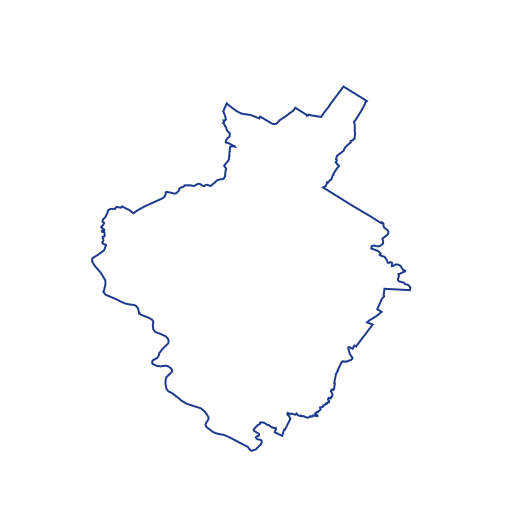 the district of Kota Surakarta, Jawa Tengah, Indonesia, rotated 107°
{"feature_id": "22746128B33460906687482", "entity_name": "Kota Surakarta", "entity_type": "district", "adm_level": 2, "iso_a3": "IDN", "parent_name": "Indonesia", "parent_adm1": "Jawa Tengah", "projection": "natural_earth1", "projection_center": [110.818, -7.559], "detail": "fine", "context": "isolated", "style": "outline", "palette": "blue", "viewbox_px": 512, "rotation_deg": 107, "n_neighbors": 0, "source": "geoboundaries", "source_scale": "gbopen_adm2", "svg_char_len": 6153}
<svg xmlns="http://www.w3.org/2000/svg" viewBox="0 0 512 512"><g transform="rotate(107 256 256)"><path d="M187.0,145.4L187.8,145.4L187.8,146.3L187.3,148.4L184.4,159.0L179.9,177.8L170.8,211.9L168.6,209.7L165.9,209.5L165.0,208.8L164.6,209.4L163.5,208.1L161.6,207.3L161.0,206.4L157.0,206.2L155.7,205.6L155.3,206.1L149.2,204.4L145.7,203.0L145.3,203.2L144.4,205.5L143.8,205.8L143.2,207.2L141.4,206.7L140.6,206.8L140.2,207.1L139.9,207.9L136.5,207.8L129.8,203.0L127.1,202.8L126.2,202.5L123.2,200.9L119.7,198.6L119.4,199.0L118.3,199.1L116.9,197.1L116.0,197.0L115.1,195.9L113.4,196.6L112.1,196.6L109.9,197.0L107.0,198.4L105.5,198.6L104.6,199.1L104.0,199.1L100.1,200.7L99.0,201.6L97.5,200.7L85.3,197.5L78.6,196.2L77.1,196.4L76.3,195.6L75.4,195.2L68.4,221.9L89.6,229.5L92.6,230.3L98.2,232.6L104.0,234.4L104.4,238.4L104.9,239.1L104.8,241.7L105.3,243.0L105.4,247.1L106.5,247.4L106.7,247.8L106.3,248.5L106.6,248.6L106.3,248.8L102.7,261.7L106.2,262.9L109.9,265.8L112.1,267.2L119.4,273.1L121.4,274.0L123.7,275.4L124.6,277.6L124.8,278.9L121.5,292.8L123.5,293.0L122.7,302.3L123.9,310.4L124.0,312.3L123.0,317.4L119.4,327.1L118.5,328.5L119.1,328.7L127.2,329.6L131.5,326.2L134.3,324.7L135.6,325.6L136.1,325.7L136.0,326.5L137.2,325.9L138.4,326.4L138.7,325.4L140.9,323.5L140.9,323.0L141.3,322.6L144.2,320.6L145.8,318.3L146.0,317.2L147.7,316.5L148.8,316.2L150.0,316.5L152.1,317.9L154.0,318.4L156.0,318.3L156.3,317.8L156.1,315.0L157.2,310.1L157.1,308.7L157.7,308.1L157.7,309.9L158.0,310.6L158.8,312.4L159.5,312.6L162.1,312.2L163.4,311.6L164.2,311.8L166.9,311.1L168.0,310.6L169.4,310.8L171.0,310.1L172.7,310.3L178.9,312.9L181.4,310.0L183.8,310.0L189.0,308.9L191.3,309.5L192.2,310.2L193.3,313.0L195.3,315.6L197.9,316.9L200.3,318.6L201.7,319.3L202.2,319.9L202.4,320.6L202.2,322.1L202.3,324.0L202.8,324.9L204.0,325.6L204.4,326.4L204.4,327.4L203.5,330.6L203.9,332.6L207.0,335.5L207.4,336.9L207.5,339.2L209.4,345.0L210.8,345.4L213.0,348.4L214.2,349.0L215.0,348.8L216.8,349.3L219.2,350.5L219.6,350.9L220.3,352.8L220.3,355.8L220.9,360.4L221.3,360.8L223.7,360.5L225.0,360.7L227.0,361.4L228.1,362.2L241.3,377.2L247.6,383.2L251.0,385.7L249.3,390.1L248.9,391.6L248.6,394.3L247.7,398.4L247.8,398.7L249.3,399.3L249.9,403.7L250.6,404.2L252.1,404.4L253.1,407.8L254.0,409.5L254.8,410.1L255.2,410.7L256.4,411.0L257.9,410.5L260.4,411.1L261.6,411.1L263.1,411.5L265.4,412.9L266.7,413.1L267.9,412.8L268.2,412.5L268.8,410.9L269.2,410.8L272.0,411.7L273.4,412.5L273.9,412.3L274.1,411.8L275.2,408.7L275.7,408.7L276.2,410.1L277.2,410.6L277.6,410.5L277.9,410.2L277.9,409.5L277.4,408.2L278.5,407.4L281.3,406.6L281.6,406.8L282.4,408.2L282.8,408.3L284.6,406.9L286.1,406.4L287.8,407.0L288.5,406.8L289.0,405.4L289.3,402.7L290.4,402.6L294.6,402.9L295.6,403.4L301.3,407.7L305.3,411.3L305.9,411.7L308.0,411.6L309.4,410.8L310.9,409.3L312.9,406.8L317.2,399.8L323.3,393.0L327.3,391.6L331.2,391.5L333.6,391.2L334.9,391.6L337.0,388.4L338.2,377.1L339.4,370.2L339.7,367.1L339.3,362.7L338.7,359.5L338.6,357.3L338.8,356.0L340.6,353.5L344.6,351.2L343.6,350.6L345.0,350.9L345.7,349.5L346.5,340.1L347.4,336.6L349.0,334.9L352.5,334.4L355.0,333.4L356.4,332.5L357.2,331.5L358.1,329.9L358.6,323.2L359.2,318.8L361.0,315.9L362.3,315.0L364.4,314.3L366.0,314.8L370.2,317.2L374.2,319.0L377.2,320.1L379.6,319.9L382.2,320.6L386.1,324.3L388.4,324.2L389.4,323.2L390.1,318.6L389.5,315.1L387.2,310.0L387.3,307.2L388.5,304.2L389.7,302.8L391.0,302.5L393.1,303.4L397.9,306.2L400.4,306.2L403.5,305.6L405.6,304.8L409.0,303.0L411.0,300.4L411.7,296.1L413.9,290.5L414.4,288.7L415.6,286.4L416.4,284.0L417.6,278.9L417.8,264.1L419.5,260.0L421.6,257.0L423.9,254.5L425.1,253.8L427.3,254.0L429.8,254.9L432.6,254.9L433.9,253.6L437.0,245.5L437.2,239.9L436.5,234.8L436.7,231.8L437.5,226.4L441.0,207.9L442.0,206.8L443.0,204.9L443.5,204.5L443.6,203.4L441.1,199.7L434.7,196.3L432.4,196.1L430.8,196.7L430.5,198.2L430.8,201.0L430.3,202.3L429.5,203.1L428.3,202.7L427.4,201.0L426.3,200.7L425.2,201.2L423.9,206.4L423.0,207.4L421.0,206.9L417.1,204.8L416.9,204.4L415.1,203.0L414.2,203.4L413.2,201.6L413.2,198.9L414.3,195.5L414.1,195.1L413.9,194.2L414.3,193.7L415.3,190.3L415.3,190.0L415.0,189.6L415.3,187.2L414.8,186.8L416.0,186.2L418.3,186.6L419.1,186.5L420.3,178.3L413.9,178.4L413.8,177.7L413.5,177.5L401.6,175.5L399.2,177.9L398.5,179.6L396.8,179.8L397.1,176.8L396.4,176.2L396.2,171.9L394.8,171.1L396.1,169.2L396.1,167.5L395.5,166.6L395.5,166.3L395.9,166.3L395.7,164.5L395.2,163.8L395.6,161.6L395.5,159.5L394.5,157.6L393.7,157.6L393.1,157.0L393.3,155.5L392.8,155.0L391.8,154.8L391.6,152.6L391.1,150.4L390.5,150.6L390.3,151.2L390.4,152.8L389.8,153.4L389.0,153.3L387.9,152.0L387.3,152.1L386.8,151.1L384.1,149.4L383.1,149.8L382.2,150.4L381.1,148.5L380.6,148.0L379.5,148.1L378.4,146.8L377.1,146.2L376.9,145.3L376.5,145.0L376.1,145.5L375.7,145.3L374.4,143.4L373.6,143.4L372.4,145.0L371.4,145.3L370.4,144.9L370.3,144.0L370.6,143.4L370.5,143.2L370.2,143.4L369.4,143.1L369.1,142.4L367.8,142.5L367.5,142.1L365.9,142.4L363.4,144.8L361.8,144.7L361.8,143.9L361.6,144.0L361.2,143.8L361.2,143.3L360.7,142.5L354.8,143.3L354.6,144.1L345.4,145.0L341.8,144.2L341.7,144.5L332.1,143.0L331.7,142.7L331.7,142.1L331.3,142.0L331.0,139.6L330.7,139.5L330.4,138.5L330.1,138.4L329.9,137.3L329.5,137.2L328.8,136.6L328.0,135.1L325.8,133.7L324.8,134.5L322.1,137.8L316.9,141.0L315.9,140.6L316.5,136.5L312.9,135.8L313.3,133.9L287.5,124.4L287.0,130.4L284.7,129.0L277.8,122.9L272.7,119.6L271.4,124.5L259.7,123.0L257.3,121.7L256.4,122.1L256.0,122.6L252.7,123.0L249.8,123.6L243.7,98.9L241.0,99.1L239.5,101.3L239.2,102.6L239.3,105.4L238.3,106.7L238.4,112.1L237.2,113.5L235.8,113.6L234.1,113.3L232.7,113.8L231.7,114.5L231.0,113.2L228.6,110.8L227.2,108.9L226.5,109.0L226.4,111.1L223.7,114.4L223.0,115.6L222.7,117.7L222.8,118.9L223.5,120.2L225.3,121.8L226.0,123.2L225.5,123.4L223.4,123.5L222.8,124.0L222.5,124.7L222.5,125.5L223.8,127.0L223.9,127.8L223.8,128.2L221.6,129.7L219.2,132.8L219.2,136.3L218.8,138.0L217.2,137.4L215.5,140.9L215.1,148.0L212.5,148.1L211.5,146.1L211.4,143.9L210.9,141.3L209.4,139.7L207.8,138.6L206.8,138.2L204.8,138.7L202.4,140.2L197.7,136.8L195.8,136.2L194.1,136.5L193.1,137.3L191.2,141.9L190.2,142.7L187.6,143.7L187.0,145.4Z" fill="none" stroke="#1e3a8a" stroke-width="2"/></g></svg>